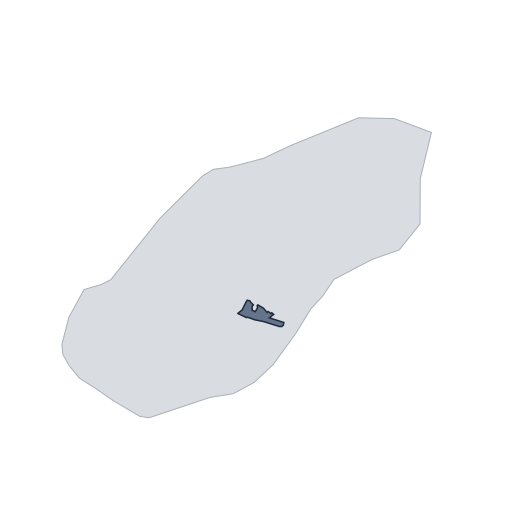 55, Ar Rayyān, Qatar shown in context, rotated 50°
{"feature_id": "91078587B56593237076105", "entity_name": "55", "entity_type": "district", "adm_level": 2, "iso_a3": "QAT", "parent_name": "Qatar", "parent_adm1": "Ar Rayyān", "projection": "natural_earth1", "projection_center": [51.389, 25.225], "detail": "fine", "context": "in_parent", "style": "filled", "palette": "slate", "viewbox_px": 512, "rotation_deg": 50, "n_neighbors": 0, "source": "geoboundaries", "source_scale": "gbopen_adm2", "svg_char_len": 1056}
<svg xmlns="http://www.w3.org/2000/svg" viewBox="0 0 512 512"><g transform="rotate(50 256 256)"><path d="M275.2,458.3L255.1,463.8L236.0,469.8L220.2,469.6L207.5,467.3L199.0,461.6L182.7,438.8L171.2,409.3L178.3,392.9L180.8,382.6L165.3,304.9L160.3,245.2L162.2,232.9L171.1,218.9L185.9,187.7L193.8,157.8L216.1,88.5L239.6,61.8L274.1,42.2L302.4,80.5L336.9,109.8L343.4,142.4L333.3,169.0L324.0,211.4L329.6,230.9L331.7,247.7L341.1,276.1L350.2,312.8L351.7,338.4L346.8,362.1L334.8,382.0L311.2,441.9L304.1,448.1L275.2,458.3Z" fill="#d9dde1" stroke="#a8b0b8" stroke-width="1"/><path d="M288.3,306.8L288.5,306.8L297.1,302.9L297.3,301.9L304.2,297.9L311.3,292.2L320.3,286.5L322.4,285.1L324.9,283.6L326.7,281.4L326.5,279.4L324.8,277.4L312.0,285.5L312.1,280.0L309.6,280.4L309.8,281.6L306.3,282.3L306.3,283.8L300.8,283.8L294.6,286.0L294.9,287.2L296.5,287.8L298.2,292.3L296.5,293.0L295.3,293.9L294.0,292.8L292.0,291.1L291.8,289.4L288.2,289.8L286.4,289.5L285.4,290.3L284.3,291.0L284.6,292.6L288.4,301.3L288.3,306.8Z" fill="#64748b" stroke="#1e293b" stroke-width="1.5"/></g></svg>